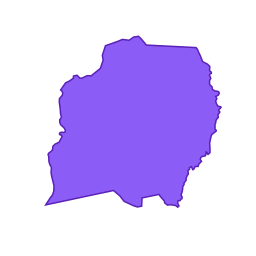 Bakouma, Mbomou, Central African Republic (Mercator projection), rotated 348°
{"feature_id": "33826404B59000496677715", "entity_name": "Bakouma", "entity_type": "district", "adm_level": 2, "iso_a3": "CAF", "parent_name": "Central African Republic", "parent_adm1": "Mbomou", "projection": "mercator", "projection_center": [22.809, 5.544], "detail": "fine", "context": "isolated", "style": "filled", "palette": "violet", "viewbox_px": 256, "rotation_deg": 348, "n_neighbors": 0, "source": "geoboundaries", "source_scale": "gbopen_adm2", "svg_char_len": 2245}
<svg xmlns="http://www.w3.org/2000/svg" viewBox="0 0 256 256"><g transform="rotate(348 128 128)"><path d="M211.3,63.5L163.2,50.7L159.3,43.3L157.3,40.5L152.4,40.2L147.4,42.4L140.9,40.2L136.3,41.1L123.1,42.8L118.0,51.6L117.8,56.4L113.4,63.9L102.9,69.3L98.9,68.3L93.5,69.6L91.4,69.3L89.1,65.8L85.5,65.8L84.9,67.9L80.7,69.8L76.4,70.8L70.0,76.8L71.2,78.5L71.4,80.2L70.7,82.1L67.0,85.1L66.2,88.1L65.5,96.7L65.0,99.5L65.1,103.0L64.6,104.3L63.0,105.6L62.4,108.3L62.8,110.7L65.6,114.8L66.3,117.3L65.5,118.8L63.9,118.9L62.2,118.3L60.6,118.4L59.7,119.3L60.0,120.5L61.4,121.1L61.7,122.7L57.6,127.6L53.3,128.6L50.8,130.2L49.6,133.6L47.7,135.0L45.4,136.0L44.3,137.3L44.5,139.6L43.7,144.2L43.9,147.6L44.9,150.6L43.5,155.4L43.3,159.1L43.6,169.2L42.2,174.5L40.3,177.7L37.4,180.2L31.5,186.1L100.8,186.1L105.9,192.7L109.0,199.0L117.3,205.2L120.8,207.2L125.1,207.3L127.2,199.3L144.3,199.4L146.5,203.8L148.2,206.5L148.4,209.0L150.5,211.6L152.9,211.8L155.7,212.6L158.4,213.7L160.2,215.8L161.7,214.8L161.2,213.2L161.0,211.5L161.9,209.5L163.7,209.9L165.3,208.4L166.1,208.4L166.6,206.4L165.9,204.8L168.0,201.0L168.9,198.8L169.1,197.2L171.0,195.0L171.6,193.2L174.0,191.2L174.5,189.0L176.2,186.7L177.4,185.6L177.9,181.9L179.7,181.2L179.9,179.4L182.0,179.0L182.6,182.2L183.6,182.1L185.9,179.6L188.6,180.2L189.6,178.2L191.8,176.7L193.0,175.9L192.1,173.7L193.2,171.8L195.2,171.2L197.5,171.4L198.5,170.5L199.1,168.4L199.5,167.6L200.1,168.4L200.3,169.8L200.8,170.5L202.4,169.6L203.1,169.1L203.9,165.4L204.7,159.8L207.5,153.4L208.5,151.9L213.7,149.3L213.8,148.5L213.1,147.7L212.9,146.5L213.3,145.5L213.6,143.9L213.6,142.9L214.8,141.3L215.6,138.9L217.3,137.2L218.4,136.6L218.6,135.8L218.6,134.5L218.9,133.7L219.7,132.7L220.7,132.2L221.1,131.2L220.7,130.4L220.3,129.4L220.7,128.9L222.1,128.2L223.3,127.1L223.0,126.4L222.6,126.5L220.3,125.0L219.5,122.4L219.4,119.7L221.0,117.8L220.3,115.3L221.4,115.2L223.2,114.6L224.5,113.0L224.2,111.4L222.7,110.5L220.8,109.9L218.6,107.8L218.8,105.4L216.9,102.2L217.4,99.8L217.7,98.4L219.3,96.7L218.9,94.3L218.6,93.1L219.8,92.1L220.9,91.9L221.1,91.2L220.9,90.3L219.9,89.2L219.8,88.0L220.5,86.3L220.8,84.8L219.1,82.1L214.9,78.7L214.2,75.3L213.9,72.9L212.9,68.8L212.3,65.6L211.3,63.5Z" fill="#8b5cf6" stroke="#5b21b6" stroke-width="1.5"/></g></svg>